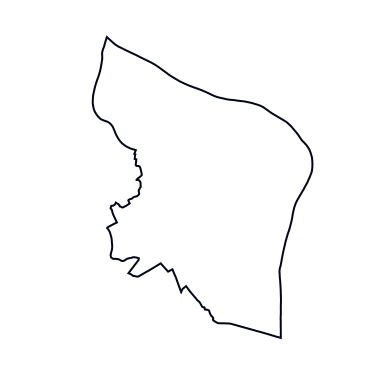 outline of Thi xa Cao Lanh, Ðong Tháp, Vietnam, rotated 202°
{"feature_id": "81297802B60372874404879", "entity_name": "Thi xa Cao Lanh", "entity_type": "district", "adm_level": 2, "iso_a3": "VNM", "parent_name": "Vietnam", "parent_adm1": "Ðong Tháp", "projection": "albers", "projection_center": [105.634, 10.46], "detail": "fine", "context": "isolated", "style": "outline", "palette": "ink", "viewbox_px": 384, "rotation_deg": 202, "n_neighbors": 0, "source": "geoboundaries", "source_scale": "gbopen_adm2", "svg_char_len": 5675}
<svg xmlns="http://www.w3.org/2000/svg" viewBox="0 0 384 384"><g transform="rotate(202 192 192)"><path d="M88.5,254.9L88.6,255.6L88.9,257.2L89.6,259.7L90.3,261.7L91.3,264.1L92.6,266.9L93.8,269.1L95.2,270.9L97.0,273.1L98.3,274.5L99.6,275.7L102.3,277.6L104.0,278.6L106.5,279.8L108.9,280.8L110.5,281.7L113.2,283.6L115.8,285.3L119.9,287.5L124.4,289.9L128.7,291.6L128.8,291.7L131.3,292.4L134.8,293.0L143.5,294.3L147.2,294.9L150.0,295.5L153.8,296.4L156.3,297.0L157.9,297.4L159.9,297.5L161.9,297.6L163.7,297.5L168.1,297.1L169.5,297.0L173.7,296.3L177.5,295.6L181.5,294.4L184.8,293.6L189.0,292.5L190.5,292.0L191.9,291.6L194.1,291.1L198.8,290.3L201.9,289.8L204.1,289.5L204.3,289.5L206.4,289.4L208.6,289.4L212.5,289.7L216.4,289.9L220.8,290.0L225.1,289.9L229.2,289.7L233.4,289.6L236.3,289.6L239.1,289.7L241.4,289.8L244.5,290.0L244.8,290.0L246.1,290.2L247.9,290.5L252.0,291.1L254.4,291.5L256.9,292.0L262.8,293.5L268.9,295.1L273.0,296.0L277.8,296.7L283.1,297.1L286.4,297.3L287.7,297.4L294.9,298.0L298.2,298.2L301.9,298.4L308.1,298.8L312.9,299.2L315.0,299.3L316.9,299.7L319.1,300.2L322.3,301.3L327.1,303.1L329.0,303.8L328.9,302.5L328.6,299.1L328.0,293.5L328.0,291.6L327.8,289.3L327.6,287.8L327.0,286.2L326.1,284.2L325.4,282.6L324.9,281.1L324.5,279.1L323.8,276.2L323.2,273.3L322.6,270.0L322.4,268.4L322.2,266.5L322.0,263.7L321.9,259.7L321.7,257.0L321.5,254.8L321.1,251.6L320.6,248.8L320.1,245.7L319.6,243.7L319.0,241.7L317.9,238.7L317.1,236.7L315.8,234.7L314.9,233.1L313.8,231.8L312.5,230.3L311.2,229.3L310.1,228.5L308.5,227.4L306.9,226.6L305.3,225.9L305.0,225.8L304.2,225.5L302.6,225.3L299.3,225.3L296.8,225.5L296.2,225.4L295.8,225.4L294.9,225.2L293.9,224.9L292.9,224.5L291.3,223.7L290.2,223.0L289.2,222.1L287.1,220.1L285.2,218.0L283.0,216.0L280.7,214.2L278.8,212.8L276.9,211.8L275.2,211.0L273.0,210.3L270.8,209.8L268.9,209.5L267.1,209.4L265.0,209.3L261.0,209.7L259.8,209.8L259.8,208.9L259.7,205.6L258.6,205.6L258.6,205.0L258.4,204.2L257.5,201.2L256.0,201.5L255.3,199.5L254.4,196.2L254.0,195.8L253.6,195.5L253.2,195.5L252.8,195.5L252.3,195.7L251.7,196.0L251.1,196.1L250.5,196.0L249.8,195.8L249.3,195.3L248.0,193.7L246.2,191.1L245.4,189.8L245.0,189.1L245.0,188.7L245.1,188.2L245.9,186.6L247.2,184.5L247.9,183.0L248.0,182.5L248.0,182.4L247.9,182.3L247.7,182.4L246.9,182.9L246.5,183.1L246.2,183.1L245.7,183.0L244.6,182.5L243.9,182.1L243.5,181.8L243.2,181.3L242.6,180.0L242.0,178.6L241.4,177.6L241.4,177.4L241.4,177.2L241.6,176.7L241.8,176.2L241.8,175.9L241.8,175.5L241.8,175.1L241.8,174.9L241.9,174.6L242.0,173.9L242.0,173.5L241.8,173.0L241.4,172.4L240.7,171.4L240.4,170.9L240.3,170.4L240.4,169.9L240.5,169.2L240.9,168.3L241.6,167.4L242.4,166.7L243.1,166.3L243.9,165.7L244.6,164.8L244.8,164.3L244.9,163.9L245.1,163.6L245.3,163.3L245.8,162.9L247.0,161.9L247.7,161.1L247.9,160.7L247.8,160.2L246.9,159.3L245.5,158.0L247.9,154.5L248.4,154.0L249.1,153.2L249.7,152.4L250.1,152.0L250.5,151.8L250.9,151.5L252.3,151.7L252.7,151.7L253.1,151.6L253.5,151.6L253.9,152.0L254.4,152.4L254.5,152.7L255.3,152.9L255.9,153.2L256.4,153.3L256.9,153.3L257.6,153.4L258.0,153.4L258.3,153.5L258.6,153.6L258.6,153.2L258.7,152.2L258.9,151.3L259.5,150.4L259.9,149.9L260.4,149.5L261.1,149.3L261.4,149.0L261.7,148.8L261.6,148.5L261.5,147.8L261.5,147.0L261.5,146.9L261.4,146.4L261.0,146.0L260.5,145.9L260.1,145.8L259.7,145.5L259.2,144.9L258.4,143.6L257.6,142.6L256.7,141.6L256.5,141.4L256.1,141.1L255.8,140.8L254.9,139.9L254.0,139.1L251.8,137.1L250.2,135.6L252.5,133.1L255.8,129.1L256.5,128.3L257.1,127.5L257.2,127.2L257.2,126.9L256.8,126.6L256.2,126.3L255.2,125.6L254.2,124.9L253.1,123.9L252.3,123.0L251.4,121.8L250.0,120.0L249.2,118.8L248.2,117.0L247.7,115.9L246.8,114.1L245.9,112.4L245.1,110.3L244.9,109.7L244.6,108.3L244.2,104.9L243.9,103.4L243.7,102.7L242.9,101.6L242.7,101.3L242.3,101.0L241.8,100.8L240.7,100.6L240.0,100.5L239.7,100.6L239.2,100.9L238.1,101.3L237.1,101.6L235.3,102.1L234.8,102.1L233.8,102.1L231.9,101.8L231.3,101.8L230.8,101.9L230.1,102.2L229.7,102.5L229.2,102.9L228.6,103.7L228.0,104.6L227.3,105.6L226.3,106.5L224.2,107.8L223.0,108.7L222.7,109.1L221.7,109.7L221.3,109.8L220.3,110.1L219.4,110.3L218.4,110.5L217.5,110.6L216.4,110.6L216.2,109.7L216.1,108.8L216.4,107.7L218.2,101.2L220.5,92.9L220.1,92.9L219.6,92.9L218.1,92.8L217.5,92.8L216.7,92.6L215.7,92.3L215.1,92.2L214.8,92.2L214.1,92.5L213.6,92.6L212.1,92.8L211.2,93.0L210.5,93.3L210.1,93.5L204.5,100.7L203.7,101.6L198.6,108.3L194.3,114.1L184.3,109.2L181.2,113.0L176.6,108.3L175.1,106.9L169.8,100.9L164.6,95.2L164.5,97.9L164.2,99.0L163.1,100.9L162.2,102.5L160.4,101.4L158.5,100.2L156.7,99.1L154.1,97.7L148.5,94.8L146.5,93.7L145.5,93.3L144.2,92.9L143.4,92.5L142.6,91.9L140.6,90.2L139.8,89.6L139.3,89.4L139.1,89.3L138.8,89.3L138.3,89.4L137.7,89.7L137.4,89.7L136.9,89.4L136.7,89.1L136.5,88.4L136.3,88.0L136.2,87.9L135.1,88.1L133.8,88.5L132.8,88.6L132.4,88.6L132.1,88.5L131.6,88.2L130.9,87.4L130.1,86.4L128.8,85.2L127.9,84.6L126.7,84.0L125.5,83.4L125.0,82.8L124.8,82.5L124.7,82.1L124.8,81.7L124.7,81.5L124.5,81.2L123.9,80.9L122.6,80.6L120.9,80.3L119.8,80.2L118.8,80.2L118.2,80.3L111.3,82.9L108.2,84.0L107.2,84.3L104.0,84.7L98.7,85.3L89.7,86.3L85.3,86.8L80.6,87.3L73.8,88.1L67.0,88.8L61.2,89.3L58.5,89.6L56.1,89.9L55.0,90.0L57.6,96.4L60.0,102.1L61.4,105.7L62.6,108.3L64.1,112.6L66.6,118.7L69.1,125.3L73.0,134.3L76.5,141.7L79.0,146.5L79.8,148.4L80.9,150.6L81.4,152.1L81.6,152.4L82.0,154.5L82.2,156.4L82.6,158.9L83.4,162.5L84.4,167.5L85.4,173.2L86.1,177.7L86.6,180.6L86.8,182.6L87.1,185.0L87.5,189.2L87.8,194.6L88.1,196.9L88.5,199.9L88.9,202.7L89.6,206.4L90.4,209.6L91.3,215.3L91.5,217.9L91.6,220.1L91.4,223.4L90.6,229.1L89.5,236.2L89.2,239.5L88.6,243.9L88.6,246.5L88.4,250.2L88.5,253.0L88.5,254.9Z" fill="none" stroke="#020617" stroke-width="2"/></g></svg>